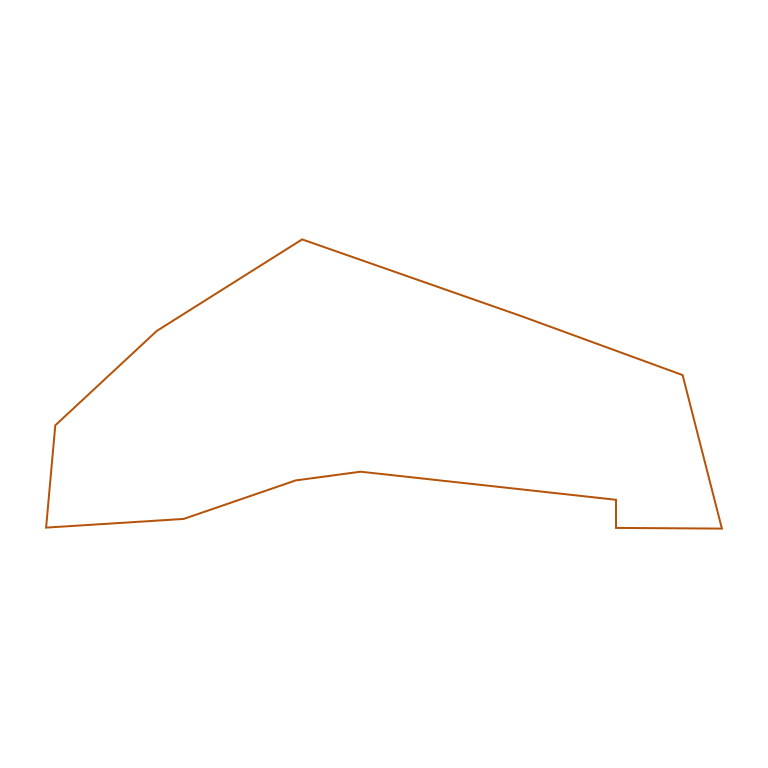 an SVG outline of Galway
{"feature_id": "IRL-5568", "entity_name": "Galway", "entity_type": "City", "adm_level": 1, "iso_a3": "IRL", "parent_name": "Ireland", "parent_adm1": "", "projection": "robinson", "projection_center": [-9.01, 53.297], "detail": "fine", "context": "isolated", "style": "outline", "palette": "amber", "viewbox_px": 768, "rotation_deg": 0, "n_neighbors": 0, "source": "natural_earth", "source_scale": "10m", "svg_char_len": 281}
<svg xmlns="http://www.w3.org/2000/svg" viewBox="0 0 768 768"><path d="M616.0,527.9L616.0,499.8L360.5,471.7L295.7,480.4L183.7,518.9L46.1,527.6L55.3,425.3L156.8,330.9L302.1,239.4L521.2,316.1L682.6,375.1L721.9,528.6L616.0,527.9Z" fill="none" stroke="#b45309" stroke-width="2"/></svg>